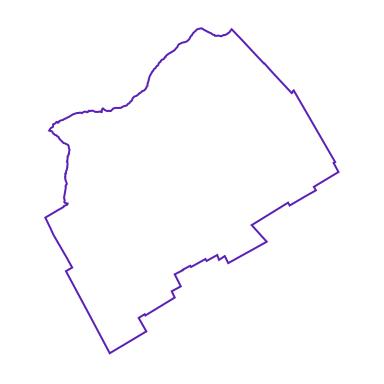 the district of General Rodríguez, Buenos Aires, Argentina, rotated 182°
{"feature_id": "61730980B11219984208084", "entity_name": "General Rodríguez", "entity_type": "district", "adm_level": 2, "iso_a3": "ARG", "parent_name": "Argentina", "parent_adm1": "Buenos Aires", "projection": "natural_earth1", "projection_center": [-58.934, -34.64], "detail": "fine", "context": "isolated", "style": "outline", "palette": "violet", "viewbox_px": 384, "rotation_deg": 182, "n_neighbors": 0, "source": "geoboundaries", "source_scale": "gbopen_adm2", "svg_char_len": 6095}
<svg xmlns="http://www.w3.org/2000/svg" viewBox="0 0 384 384"><g transform="rotate(182 192 192)"><path d="M315.2,108.5L290.3,65.7L268.6,28.0L232.8,51.1L240.9,64.3L235.0,68.2L234.3,67.0L205.6,85.9L208.8,92.1L199.9,97.3L206.4,109.1L198.3,113.6L198.5,114.0L191.2,118.2L190.3,117.0L176.2,125.5L175.0,123.6L164.6,129.9L162.6,125.1L157.0,129.1L153.3,122.2L115.6,144.9L131.2,161.0L95.6,184.7L93.9,181.9L79.0,191.4L68.2,198.0L70.4,201.4L46.3,217.1L51.5,226.0L50.0,226.9L93.9,297.1L94.4,296.7L94.7,296.3L95.3,294.7L95.6,294.4L95.8,294.3L115.0,313.5L124.2,323.1L124.5,322.9L131.4,329.7L147.5,345.8L158.0,356.0L158.2,355.7L158.6,355.3L158.8,355.1L159.2,354.4L159.9,353.3L160.3,352.8L160.5,352.6L160.9,352.5L161.1,352.3L161.7,351.9L161.9,351.6L162.1,351.3L162.4,351.1L162.8,351.0L163.1,350.9L164.0,350.2L164.3,350.1L164.6,350.0L165.8,350.0L166.2,349.9L166.7,349.4L168.3,348.7L168.9,348.8L169.7,348.9L171.5,349.3L172.1,349.1L172.6,348.9L174.1,348.9L174.5,348.9L174.7,349.2L175.0,349.7L176.2,349.8L176.6,350.0L177.3,350.4L177.8,350.8L178.6,351.4L180.1,351.9L181.1,352.3L181.4,352.6L182.1,352.7L183.2,353.4L183.9,353.6L185.1,354.3L186.0,354.7L186.6,355.1L187.2,355.5L187.9,355.8L188.4,355.9L189.3,355.7L191.6,355.1L191.9,354.9L192.6,354.7L193.6,353.7L194.1,353.1L195.1,352.2L195.8,351.4L196.2,351.0L196.7,350.4L197.2,349.5L197.8,348.3L198.4,347.9L198.8,347.5L199.1,346.7L199.6,345.5L199.9,344.9L200.4,344.3L201.1,343.6L201.9,342.7L202.3,342.4L203.2,342.0L203.9,341.7L204.8,341.4L206.6,341.0L207.7,340.6L208.8,339.9L209.8,339.4L210.4,339.1L210.7,338.7L210.9,338.4L211.1,337.8L211.3,337.4L211.9,336.1L212.7,335.3L213.4,334.5L213.8,333.8L214.6,333.1L215.0,332.5L215.3,332.4L215.7,332.2L216.6,331.7L216.9,331.3L217.8,330.9L218.5,330.3L218.9,330.2L220.5,329.1L221.5,328.2L222.2,327.7L222.4,327.5L223.0,326.6L223.0,326.1L223.3,325.9L223.9,325.7L224.2,325.1L224.4,324.5L224.6,324.2L225.4,323.6L225.9,323.5L226.5,323.2L227.6,322.2L227.8,321.8L227.9,321.2L228.3,320.7L228.9,320.5L229.2,320.1L229.6,319.6L229.9,319.0L230.0,318.4L230.2,317.9L230.4,317.3L231.5,316.7L231.9,316.4L232.2,315.8L232.5,315.1L232.7,314.7L232.9,314.4L233.3,314.2L233.8,313.9L234.1,313.7L234.4,313.3L234.8,312.4L235.2,311.5L235.7,311.1L236.1,310.6L236.3,310.0L236.7,309.3L237.0,308.8L237.3,308.2L237.5,307.7L237.8,307.3L238.0,306.7L238.4,305.9L238.7,305.0L238.7,304.8L238.9,303.8L239.1,303.1L239.1,302.7L239.4,301.3L239.5,300.8L239.7,300.1L240.0,299.6L240.0,298.8L240.3,298.1L240.3,297.5L240.1,297.0L240.2,296.8L240.5,296.2L241.0,295.5L241.5,294.3L241.9,293.4L242.3,293.0L242.6,292.8L243.4,291.8L243.8,291.5L245.1,291.2L245.4,291.0L245.6,290.6L246.0,290.3L246.2,290.1L246.4,289.8L246.9,289.4L247.8,288.9L248.3,288.7L248.5,288.5L248.5,288.2L249.0,287.7L249.3,287.4L249.6,287.1L251.2,286.0L252.7,285.4L253.1,285.3L253.8,284.5L254.0,284.1L254.5,283.7L254.8,283.1L254.9,282.8L254.9,282.3L255.1,281.9L255.5,281.3L255.6,280.9L256.0,280.6L256.5,280.4L257.1,279.6L257.2,279.4L257.5,278.9L258.0,278.4L258.6,278.0L259.0,277.8L259.5,277.4L259.8,276.9L260.0,276.4L260.8,276.0L262.1,275.6L264.0,275.0L264.6,274.6L265.7,273.8L266.2,273.6L266.9,273.6L267.4,273.5L268.5,273.4L271.4,273.4L272.5,273.0L273.4,272.8L273.8,272.6L274.0,272.3L274.9,271.3L275.4,270.7L275.8,270.3L276.1,270.1L276.9,270.2L277.2,270.1L278.1,270.2L278.9,269.9L279.4,269.9L280.4,270.2L281.4,270.6L282.0,270.9L282.7,271.4L283.2,271.9L283.6,272.3L283.9,272.3L284.3,272.2L284.5,272.0L284.6,271.3L284.8,270.8L285.0,270.1L285.0,269.3L285.0,268.8L285.5,268.6L286.0,268.8L286.4,269.3L287.6,269.1L288.9,268.6L289.4,268.7L290.3,268.8L290.9,268.7L291.4,268.7L291.8,268.8L292.3,269.1L293.1,269.4L293.7,269.7L294.1,269.8L294.8,269.8L295.3,269.7L296.0,269.4L296.5,269.3L296.8,269.5L297.3,269.6L297.5,269.6L298.2,269.5L298.4,269.2L298.4,268.8L298.7,268.5L299.0,268.3L299.5,268.1L300.0,268.1L300.9,268.5L301.6,268.6L302.1,268.6L303.1,268.1L303.5,267.8L303.8,267.7L304.3,267.5L304.4,267.3L304.7,267.0L305.0,267.0L306.3,267.4L306.9,267.4L307.5,267.1L307.8,267.1L309.6,266.9L310.4,266.7L311.4,266.3L312.8,265.8L313.9,265.2L314.1,265.2L317.1,263.1L319.1,262.1L320.0,261.5L320.3,261.2L321.9,260.7L323.5,259.5L325.6,258.9L327.0,258.3L327.2,258.1L327.3,257.7L327.4,257.4L327.6,257.1L327.8,256.8L328.3,256.6L329.0,256.7L329.5,257.0L329.5,257.3L329.8,257.3L330.3,256.7L330.7,256.3L331.0,255.9L331.3,255.7L331.9,255.3L332.3,255.1L332.9,255.0L333.2,254.7L333.1,253.6L333.1,253.2L333.2,252.8L333.2,252.3L333.4,252.1L333.8,251.9L334.5,251.5L335.0,251.2L335.6,250.6L335.8,250.4L336.1,249.6L336.9,248.4L335.7,248.0L335.1,248.0L334.3,247.8L334.1,247.7L333.9,247.5L333.7,247.3L333.1,246.1L332.9,245.8L332.7,245.6L332.3,245.5L332.1,245.3L331.1,244.4L330.8,244.2L330.0,244.1L329.7,244.0L329.4,243.8L329.3,243.6L328.9,243.4L328.7,243.2L328.4,242.8L327.8,242.6L327.2,242.1L327.0,241.9L326.9,241.6L326.4,240.5L322.0,236.4L320.5,236.1L317.5,234.7L317.0,234.0L316.7,233.0L316.6,231.9L316.5,231.2L316.2,230.6L315.9,230.2L316.0,229.3L316.3,227.1L316.2,226.8L316.3,226.4L316.2,226.2L316.3,225.9L316.7,225.6L316.7,225.3L316.6,225.1L316.6,224.7L317.1,224.0L317.1,223.7L317.6,223.3L317.6,222.9L317.5,222.6L317.4,222.4L317.5,222.1L317.5,221.6L317.5,220.7L317.7,219.7L317.8,219.4L317.7,219.2L317.6,218.9L317.8,218.7L318.0,218.3L318.1,218.0L317.9,217.7L317.6,217.6L317.5,217.2L317.5,216.9L317.5,216.5L317.5,216.2L317.3,215.6L317.4,214.5L317.5,214.0L317.6,213.2L317.5,212.8L317.4,212.6L317.4,212.3L317.6,212.0L317.7,211.6L317.8,210.3L317.8,210.0L318.0,209.7L318.3,209.2L318.6,207.9L318.7,207.5L318.6,206.4L318.8,206.4L319.1,206.2L319.3,205.9L319.3,205.6L319.3,204.9L319.2,204.6L319.2,204.2L319.1,203.7L319.1,203.2L319.4,202.8L319.3,202.5L319.3,202.2L319.3,201.9L319.2,201.6L319.0,201.4L319.0,201.1L319.1,200.7L319.0,200.4L318.8,199.3L318.2,198.2L317.7,196.8L317.4,195.7L317.8,194.9L318.0,194.8L318.1,194.5L318.2,194.2L318.3,193.7L318.6,193.3L318.5,193.0L318.4,192.7L318.3,192.4L318.4,191.7L318.4,191.2L319.7,181.7L318.9,179.3L319.3,177.7L318.9,176.9L315.9,176.1L316.2,175.0L319.5,173.5L319.8,172.6L325.8,168.9L337.7,161.3L332.3,151.0L329.0,144.4L315.1,122.3L309.1,112.3L315.2,108.5Z" fill="none" stroke="#5b21b6" stroke-width="2"/></g></svg>